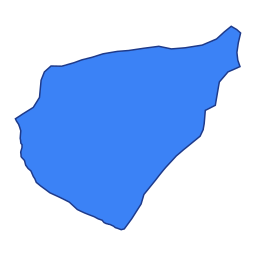 the district of Kabbia, Mayo-Kebbi Est, Chad
{"feature_id": "50815135B59741228858752", "entity_name": "Kabbia", "entity_type": "district", "adm_level": 2, "iso_a3": "TCD", "parent_name": "Chad", "parent_adm1": "Mayo-Kebbi Est", "projection": "orthographic", "projection_center": [15.352, 9.53], "detail": "fine", "context": "isolated", "style": "filled", "palette": "blue", "viewbox_px": 256, "rotation_deg": 0, "n_neighbors": 0, "source": "geoboundaries", "source_scale": "gbopen_adm2", "svg_char_len": 1413}
<svg xmlns="http://www.w3.org/2000/svg" viewBox="0 0 256 256"><path d="M231.2,26.3L224.3,31.9L216.5,39.0L202.2,45.1L185.1,47.8L171.4,48.9L158.8,46.3L143.5,48.3L128.7,50.5L117.3,51.4L103.1,53.8L92.0,57.3L82.0,59.8L73.7,62.8L61.7,66.2L51.0,66.0L44.4,71.9L41.1,80.2L39.5,97.4L33.3,107.4L23.0,113.8L15.4,118.8L16.5,121.1L18.6,124.3L19.5,126.7L20.8,130.8L20.4,135.5L20.2,138.4L20.6,140.4L20.6,140.6L20.7,141.9L20.9,143.3L22.0,144.6L22.0,146.2L22.0,147.5L21.6,149.0L21.2,150.2L20.7,152.2L21.0,154.5L21.1,156.5L21.2,156.8L22.1,157.9L24.5,160.5L24.7,161.5L25.0,162.4L25.2,163.3L25.7,165.2L28.1,168.5L30.9,170.9L33.4,176.6L34.1,177.6L35.0,179.1L35.3,179.9L36.3,182.4L37.9,183.7L40.7,186.0L49.9,192.8L57.3,196.2L59.9,197.4L68.5,201.7L69.4,202.2L77.3,209.5L81.0,211.3L84.7,213.0L88.7,214.6L94.2,216.7L96.6,218.0L98.3,218.9L102.1,220.2L104.0,222.5L106.0,223.5L106.3,223.6L107.2,223.8L107.7,223.9L108.3,224.2L110.1,224.5L111.1,225.0L113.2,226.0L113.6,226.2L115.3,227.6L117.8,228.4L121.2,229.7L121.4,229.6L124.3,228.9L131.7,218.8L141.1,204.0L143.9,194.5L155.4,180.3L159.4,175.1L163.5,170.0L166.0,167.1L175.3,157.0L176.3,155.9L181.6,151.4L183.3,149.9L184.4,149.0L185.8,147.9L200.1,136.2L203.2,129.6L203.3,128.7L204.2,123.6L205.3,110.4L215.3,105.3L218.8,84.9L219.2,82.9L219.4,81.9L228.0,71.9L240.0,66.6L237.8,60.2L236.9,52.5L238.3,42.9L240.6,33.0L236.7,29.5L231.2,26.3Z" fill="#3b82f6" stroke="#1e3a8a" stroke-width="1.5"/></svg>